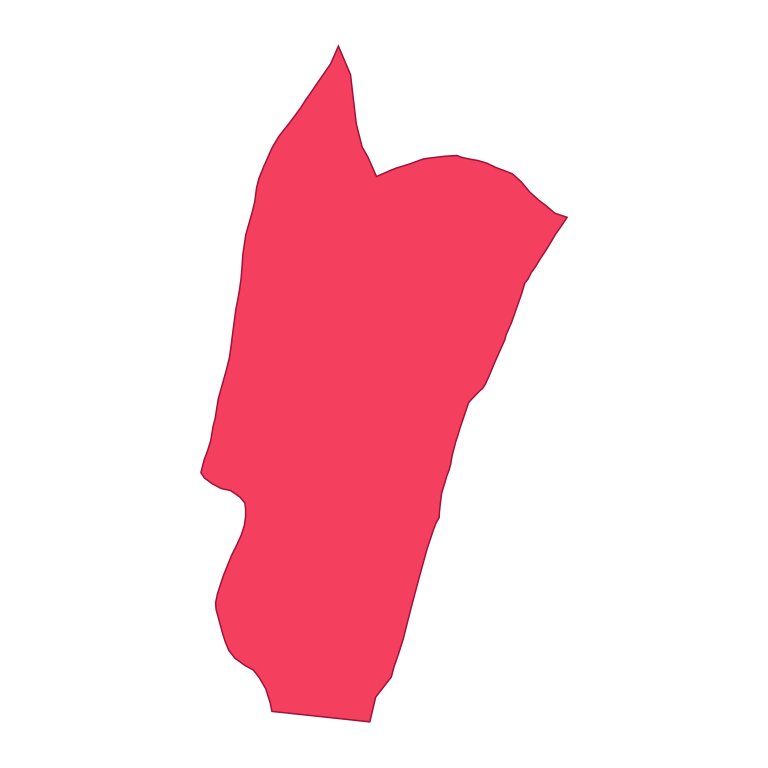 Monchy/Vieux Sucreic/Careffe, Gros Islet, Saint Lucia (Robinson projection)
{"feature_id": "8701671B37181005506912", "entity_name": "Monchy/Vieux Sucreic/Careffe", "entity_type": "district", "adm_level": 2, "iso_a3": "LCA", "parent_name": "Saint Lucia", "parent_adm1": "Gros Islet", "projection": "robinson", "projection_center": [-60.949, 14.057], "detail": "fine", "context": "isolated", "style": "filled", "palette": "rose", "viewbox_px": 768, "rotation_deg": 0, "n_neighbors": 0, "source": "geoboundaries", "source_scale": "gbopen_adm2", "svg_char_len": 1770}
<svg xmlns="http://www.w3.org/2000/svg" viewBox="0 0 768 768"><path d="M276.4,711.9L369.8,721.9L375.7,697.1L391.3,677.1L394.1,666.6L398.6,653.6L403.3,638.8L406.9,624.4L412.6,602.3L418.5,580.1L427.2,548.5L431.2,536.6L433.1,530.8L435.9,523.4L439.2,517.5L439.3,513.3L440.2,504.7L441.6,493.4L443.4,487.3L445.1,481.9L446.8,476.0L449.1,470.1L450.8,463.8L451.3,460.2L452.4,454.5L454.1,448.2L455.8,441.5L457.6,436.2L460.0,428.2L468.6,402.7L471.0,399.9L479.7,390.9L482.6,388.4L485.3,384.3L488.9,376.4L495.0,361.8L500.5,349.4L504.7,340.1L506.1,334.9L511.7,322.1L516.9,307.2L521.6,293.9L524.7,283.3L528.0,279.1L531.2,272.7L535.5,266.7L540.5,258.4L544.4,252.6L548.3,246.4L550.7,242.5L555.7,234.0L560.4,227.4L567.1,217.3L554.8,213.2L546.5,206.1L538.8,200.2L529.9,192.2L521.2,181.8L512.5,173.9L505.3,171.0L496.1,167.6L486.7,163.1L478.3,160.6L468.7,158.9L461.1,157.2L457.0,155.5L445.2,156.2L435.6,157.3L423.5,158.9L409.5,164.0L396.5,168.0L391.8,169.8L376.5,176.5L367.8,156.8L362.1,146.9L356.3,123.9L350.5,74.5L338.4,46.1L330.6,63.9L318.2,81.8L307.5,97.4L306.0,99.4L300.2,108.5L289.4,123.0L279.1,136.0L272.2,147.5L263.8,166.4L258.8,178.8L256.5,188.0L254.8,201.5L252.3,211.8L245.8,234.6L242.8,254.8L242.0,267.4L241.0,279.1L239.4,290.5L237.4,301.6L235.9,309.0L232.6,333.7L231.1,345.8L229.4,357.7L226.4,369.8L218.3,398.7L215.1,418.7L213.1,426.2L210.6,441.1L207.5,450.9L204.2,459.6L200.9,472.6L204.4,478.0L212.4,483.9L221.4,488.6L230.5,490.5L239.8,497.0L244.9,503.0L245.6,509.4L245.6,516.2L244.4,525.3L241.2,535.2L237.1,544.2L231.5,555.5L223.5,575.3L217.5,593.6L215.6,602.9L216.1,609.5L219.2,620.8L222.5,633.1L225.2,641.6L228.8,650.4L235.0,658.3L244.7,665.3L253.5,670.2L259.5,678.0L265.8,688.9L270.3,703.2L271.9,711.4L276.4,711.9Z" fill="#f43f5e" stroke="#9f1239" stroke-width="1.5"/></svg>